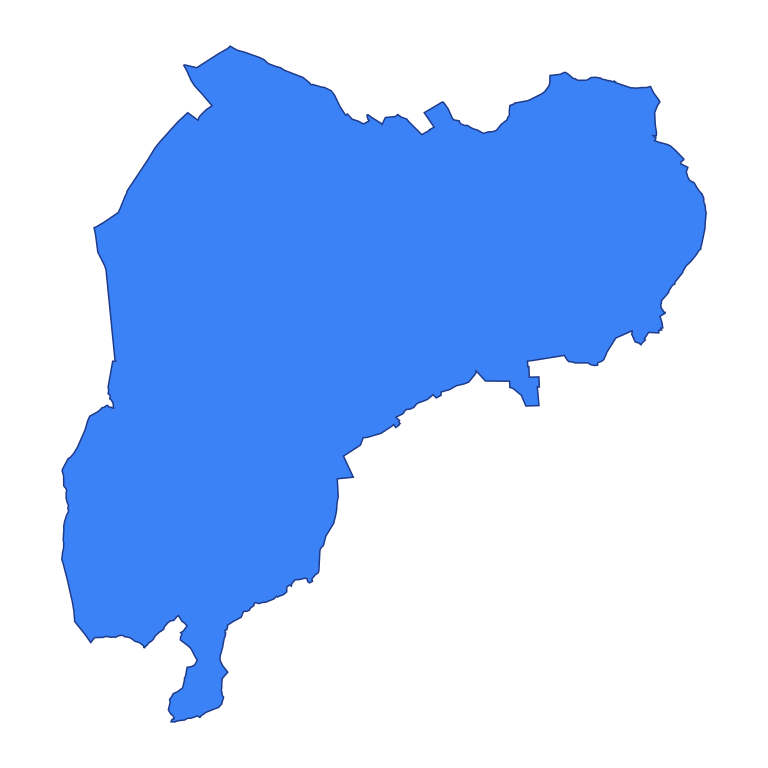 Sibiu, Sibiu, Romania (Equal Earth projection)
{"feature_id": "2599482B24946279921532", "entity_name": "Sibiu", "entity_type": "district", "adm_level": 2, "iso_a3": "ROU", "parent_name": "Romania", "parent_adm1": "Sibiu", "projection": "equal_earth", "projection_center": [24.141, 45.783], "detail": "fine", "context": "isolated", "style": "filled", "palette": "blue", "viewbox_px": 768, "rotation_deg": 0, "n_neighbors": 0, "source": "geoboundaries", "source_scale": "gbopen_adm2", "svg_char_len": 6029}
<svg xmlns="http://www.w3.org/2000/svg" viewBox="0 0 768 768"><path d="M367.2,437.4L381.2,433.2L392.0,426.1L393.8,424.5L395.7,427.5L397.7,426.1L398.8,425.3L398.5,424.9L400.1,423.6L398.6,421.6L399.5,420.7L396.0,417.1L402.7,413.9L403.9,412.6L404.3,411.3L406.7,409.4L410.2,409.1L413.9,407.4L416.2,404.4L417.7,403.2L427.2,399.6L433.2,394.7L436.2,397.9L441.0,395.4L441.1,392.0L449.4,389.7L456.4,385.7L464.2,383.9L468.6,382.2L474.8,374.7L475.7,373.3L476.2,370.9L485.4,381.0L509.6,381.2L509.8,387.4L513.2,388.5L521.3,395.3L525.9,406.0L539.0,405.6L537.3,386.9L539.3,387.0L538.9,376.9L529.3,377.2L528.9,366.5L527.7,366.6L527.5,361.0L531.4,360.7L564.3,355.4L567.1,359.9L568.7,361.6L571.3,361.8L575.1,362.9L587.9,362.9L590.5,364.6L594.3,365.5L597.5,365.2L597.6,363.5L598.4,362.4L601.5,361.4L603.7,359.7L606.5,353.5L606.5,352.9L615.7,338.2L616.5,337.7L632.1,330.8L632.3,331.7L631.7,334.1L635.2,342.0L638.8,343.0L641.0,344.8L642.2,343.0L645.2,340.1L645.3,339.5L644.4,338.8L648.6,332.4L658.8,332.9L658.9,330.3L661.6,330.0L660.8,328.2L662.8,327.9L662.0,322.7L660.0,316.3L665.1,313.2L665.3,312.4L663.5,311.8L662.9,310.2L661.5,308.5L660.6,305.0L661.4,303.5L661.5,300.7L668.4,292.8L669.5,289.8L672.1,285.8L673.0,284.8L674.8,284.1L674.9,282.4L675.4,281.6L682.6,272.7L683.2,270.7L686.1,265.9L690.8,261.5L696.4,254.6L698.5,251.1L700.9,248.8L700.7,247.0L701.3,246.1L704.9,228.9L705.2,222.7L706.2,212.6L705.6,211.2L705.1,205.4L703.8,202.0L703.8,198.4L702.1,194.1L699.0,190.7L696.6,187.1L694.2,182.8L689.3,180.2L689.1,179.2L687.8,177.2L686.3,171.9L687.9,167.3L680.8,163.9L680.9,162.1L683.7,159.7L683.8,159.0L675.7,150.6L670.2,145.7L666.4,144.2L658.1,142.0L654.5,140.5L655.6,139.2L655.9,137.9L653.2,135.7L656.3,135.8L656.5,132.3L655.5,126.7L655.1,122.0L654.7,112.5L657.4,105.8L659.9,101.9L658.2,99.0L653.6,92.9L650.5,86.5L646.2,87.6L642.0,87.5L636.9,88.1L630.7,87.8L615.4,82.6L615.6,81.9L614.8,81.7L614.2,81.0L613.4,81.8L608.9,80.5L607.8,80.9L606.7,80.1L601.8,79.1L600.9,78.2L596.0,77.3L591.2,77.5L586.6,80.2L577.7,80.3L575.1,78.7L573.1,78.3L567.4,73.5L565.3,72.4L564.3,72.4L560.3,74.3L550.0,75.5L549.8,83.2L548.7,86.3L544.7,91.6L541.4,94.0L528.2,100.6L514.7,103.1L513.2,104.6L512.8,104.4L509.9,105.5L509.3,110.3L509.3,115.5L507.6,117.7L507.1,119.8L501.0,124.6L496.9,129.8L495.2,131.0L491.5,131.8L488.1,131.9L483.5,133.4L476.8,129.7L474.5,129.3L471.4,127.9L467.2,125.3L465.2,125.6L460.8,123.9L460.0,122.9L459.3,120.9L454.0,119.9L452.3,118.2L448.4,109.3L444.0,102.9L443.1,102.1L442.3,102.0L424.2,112.7L434.1,127.2L429.3,129.8L429.6,130.3L421.8,134.6L408.8,121.7L406.7,119.0L401.4,117.2L397.8,114.5L395.4,116.5L385.4,117.5L382.0,124.5L381.4,123.5L371.3,117.2L368.0,114.7L367.2,114.8L367.1,116.7L368.0,119.3L369.2,120.8L363.5,124.0L358.2,121.1L352.2,119.2L347.4,114.0L345.5,115.1L339.7,106.0L334.7,95.4L331.1,90.7L324.1,87.3L322.0,87.2L312.7,84.5L310.9,84.7L309.8,83.0L303.1,77.5L284.4,70.3L280.6,67.7L276.0,66.5L268.2,63.6L264.0,59.6L260.0,57.7L245.2,52.4L237.0,50.1L230.0,46.1L229.3,47.2L227.3,48.7L217.9,54.1L196.7,67.7L184.8,64.9L183.8,65.3L186.9,70.9L191.0,80.2L194.4,85.6L202.6,94.6L212.0,105.7L206.1,109.8L200.5,115.3L199.1,117.2L198.0,120.2L187.7,112.7L177.6,122.1L160.2,141.5L155.1,147.8L147.6,160.1L127.0,191.1L126.6,193.3L125.4,195.5L120.1,208.6L118.2,212.6L103.6,222.5L96.6,226.7L94.1,227.7L95.6,235.1L97.8,252.1L104.6,265.6L106.0,269.7L114.9,359.2L115.6,361.3L112.7,361.2L108.2,386.5L108.2,388.2L108.7,390.1L108.1,393.9L109.8,394.8L110.2,395.5L109.7,398.8L111.3,400.0L112.7,402.5L113.2,403.9L113.4,408.1L112.5,408.1L111.1,407.2L110.2,407.4L108.3,406.5L107.9,405.5L106.7,405.5L105.0,406.5L104.6,407.2L102.1,407.7L99.2,410.7L96.7,412.4L89.7,416.2L87.5,421.4L85.0,430.1L77.6,446.9L73.7,453.4L70.5,457.2L68.1,458.7L62.8,468.6L62.1,470.8L63.6,475.7L63.7,485.8L66.2,489.0L66.6,490.6L66.2,492.4L66.1,498.1L67.1,502.3L68.2,504.7L68.4,506.1L67.8,508.0L68.5,510.8L68.2,512.0L66.4,515.7L64.5,521.8L63.7,526.3L63.9,528.5L63.2,539.8L63.7,542.4L63.6,548.0L62.6,552.4L61.8,559.4L62.9,562.6L67.0,578.3L72.4,602.2L73.9,611.2L74.7,621.5L85.3,634.8L90.8,642.6L94.6,637.6L103.2,637.4L105.7,636.4L111.3,637.3L114.4,636.9L115.3,637.4L119.4,635.5L122.1,635.4L123.4,635.7L124.8,636.9L126.2,636.8L129.6,637.6L130.9,638.2L135.0,641.3L139.4,642.6L143.8,645.9L143.7,647.4L144.3,647.7L144.8,647.6L145.0,647.0L147.5,644.6L148.6,643.0L151.6,641.0L153.2,639.4L155.5,635.6L160.0,631.6L161.1,631.3L161.9,630.4L163.7,629.4L164.4,626.7L168.0,622.7L170.6,620.8L173.4,620.5L174.3,619.9L176.5,617.0L178.4,615.6L181.9,621.2L184.3,622.9L187.1,625.8L183.1,631.3L180.6,632.7L181.7,634.0L181.8,634.7L180.5,637.1L180.4,640.0L188.4,646.1L191.0,648.7L195.9,658.1L197.2,659.9L196.0,662.7L194.3,665.3L191.5,666.6L187.1,667.3L185.5,676.3L184.5,677.8L184.4,680.3L182.7,687.8L177.7,691.6L173.3,693.6L171.1,697.5L169.6,699.2L170.1,702.8L168.4,709.4L168.6,710.4L170.8,714.0L173.2,715.9L174.1,718.6L173.8,719.1L172.5,719.1L172.0,719.6L171.0,721.8L175.0,721.9L177.8,720.8L184.6,720.0L187.6,718.3L191.4,718.1L197.6,715.9L199.6,717.4L200.2,717.2L200.7,716.1L206.3,712.2L218.9,707.2L221.8,703.8L222.5,700.6L223.6,697.6L223.5,696.9L222.4,695.7L221.3,689.3L221.7,688.3L221.8,682.7L222.4,678.2L227.8,672.2L223.0,666.2L220.4,661.2L220.0,658.7L220.2,656.0L222.6,647.3L224.1,638.7L225.1,636.4L225.6,633.8L225.6,632.9L225.1,632.9L225.1,630.4L225.6,629.7L226.7,629.9L227.5,627.2L227.5,625.2L233.7,621.2L241.2,617.2L243.0,612.6L244.0,611.2L246.4,611.4L249.4,610.2L250.8,607.7L252.7,606.5L253.9,605.3L254.0,604.0L254.7,603.0L256.1,602.7L258.9,603.6L262.5,602.4L265.6,602.3L273.6,599.0L274.4,598.6L275.9,596.4L276.6,596.4L277.3,597.2L278.6,596.4L283.4,594.7L286.7,591.9L286.8,587.4L287.2,586.7L289.5,585.0L291.3,586.2L291.9,583.6L294.3,580.7L296.0,579.5L298.2,579.8L304.6,578.3L307.0,578.5L307.7,581.6L309.5,582.9L312.5,581.3L311.8,579.0L315.2,574.9L318.1,572.9L318.9,570.7L319.9,550.4L320.9,548.1L323.5,545.3L325.8,536.2L333.7,523.3L335.7,515.1L336.6,510.2L337.0,503.4L338.2,496.6L337.3,478.8L353.3,477.2L343.5,456.1L360.4,445.1L363.2,437.7L367.2,437.4Z" fill="#3b82f6" stroke="#1e3a8a" stroke-width="1.5"/></svg>